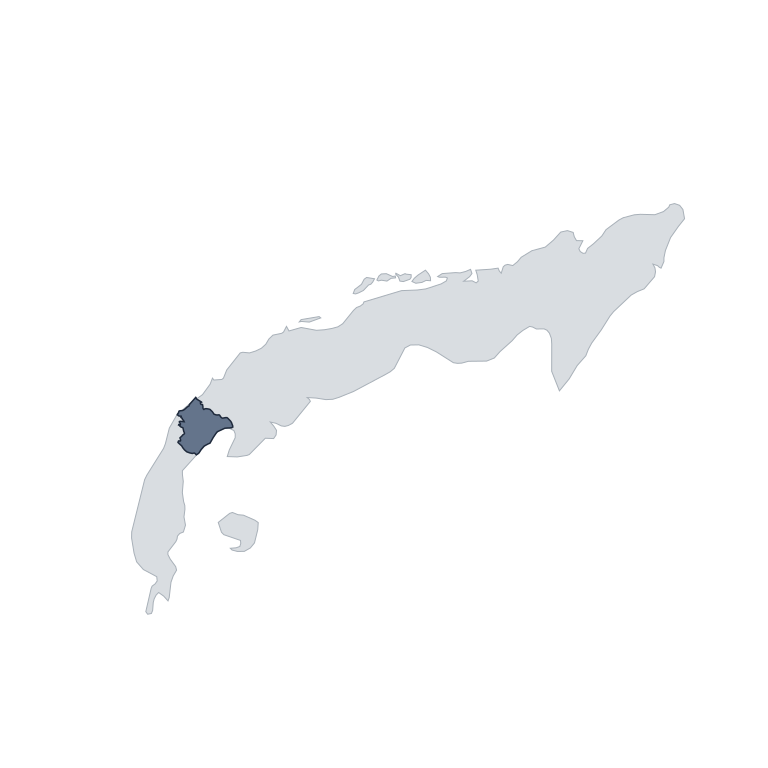 where Mayabeque sits in Cuba, rotated 311°
{"feature_id": "CUB-5489", "entity_name": "Mayabeque", "entity_type": "Province", "adm_level": 1, "iso_a3": "CUB", "parent_name": "Cuba", "parent_adm1": "", "projection": "equal_earth", "projection_center": [-81.981, 22.888], "detail": "fine", "context": "in_parent", "style": "filled", "palette": "slate", "viewbox_px": 768, "rotation_deg": 311, "n_neighbors": 0, "source": "natural_earth", "source_scale": "10m", "svg_char_len": 5667}
<svg xmlns="http://www.w3.org/2000/svg" viewBox="0 0 768 768"><g transform="rotate(311 384 384)"><path d="M241.0,250.2L256.9,254.0L269.8,252.9L275.9,250.7L275.4,253.0L281.0,258.6L283.1,259.0L291.4,256.1L313.1,255.1L315.3,256.6L319.2,262.1L324.7,265.5L330.5,268.0L336.5,268.7L342.4,267.6L348.0,268.1L355.1,273.5L357.3,274.1L363.5,272.6L361.7,277.5L372.3,284.4L380.2,297.8L385.8,303.4L391.8,308.3L396.9,311.7L402.5,313.3L419.6,312.7L423.7,313.1L427.3,315.0L430.8,315.7L432.8,315.0L466.0,336.0L476.6,347.3L483.1,353.1L497.1,361.5L502.7,363.4L505.6,362.3L505.0,360.4L500.9,355.7L500.3,354.0L505.5,355.5L515.1,365.0L517.7,368.5L522.5,371.8L527.3,374.1L525.1,377.9L521.2,378.2L513.8,376.7L519.7,382.8L520.8,387.2L523.5,387.6L527.6,382.7L530.1,378.6L540.6,389.2L546.3,394.1L544.9,396.9L544.5,399.8L550.7,397.1L553.1,397.4L555.4,398.9L557.9,403.5L563.8,404.5L569.7,404.4L581.7,408.2L593.1,415.9L603.8,417.5L614.6,417.7L620.1,421.8L622.5,427.3L619.9,431.1L618.5,435.2L622.6,440.1L613.9,442.3L612.7,445.2L613.2,448.5L615.0,450.2L619.9,448.7L627.2,450.1L638.6,451.3L646.2,450.3L661.8,453.7L666.5,455.5L675.9,461.9L680.2,466.1L689.5,477.4L697.5,481.8L704.3,482.9L706.7,482.1L710.8,484.9L712.8,489.9L711.8,495.1L705.9,502.4L696.1,502.8L682.5,504.2L669.4,508.8L663.0,512.4L660.1,514.9L653.2,517.1L652.7,515.2L652.8,512.8L650.9,508.3L649.4,512.3L646.8,515.3L642.5,517.8L626.5,517.9L620.0,514.6L613.3,512.2L589.2,509.8L583.4,510.0L567.3,512.5L551.2,513.9L544.4,515.4L537.7,517.8L524.7,517.7L509.3,520.4L493.9,520.9L503.6,502.2L524.3,484.3L528.2,480.4L530.9,475.5L531.5,471.7L530.6,468.6L525.5,462.9L524.5,458.8L523.0,456.1L515.7,453.7L508.4,452.3L500.7,452.3L484.6,450.3L476.0,450.2L468.6,446.4L456.5,432.8L450.8,429.0L447.8,425.9L445.6,422.4L442.6,402.5L440.1,392.9L436.4,384.6L430.7,378.3L424.9,376.1L402.6,381.5L397.4,380.7L392.3,378.9L358.6,366.0L344.6,358.9L338.9,355.4L334.1,350.4L329.0,342.2L323.4,334.9L323.4,337.9L322.6,339.8L294.4,340.7L289.9,339.0L287.0,337.0L285.0,334.0L283.4,328.1L280.7,323.1L279.9,328.4L278.5,333.3L274.7,336.0L270.4,336.5L265.2,330.0L242.4,328.6L240.3,327.5L232.8,321.2L226.4,313.3L232.8,310.5L245.9,306.9L248.8,304.4L250.4,301.3L249.2,296.7L246.6,293.3L243.9,291.4L241.0,290.1L237.0,289.6L186.3,288.7L183.4,291.3L178.8,296.4L169.8,303.0L163.8,309.9L161.6,313.4L158.8,316.0L152.5,320.2L147.2,326.8L140.7,329.7L137.2,327.9L133.7,327.9L131.2,329.5L128.5,330.3L115.5,331.1L113.5,332.8L111.6,337.5L109.5,346.6L107.4,349.6L100.9,350.8L94.6,353.3L81.9,362.0L78.6,363.3L79.4,356.9L78.8,350.7L75.2,350.5L71.1,351.5L67.7,353.2L61.4,357.9L58.2,359.0L55.2,356.7L55.9,353.6L76.9,342.4L79.3,341.6L83.0,342.4L86.6,342.0L89.5,338.9L86.1,324.1L87.5,314.0L92.4,306.3L102.2,294.5L106.9,290.6L154.8,266.1L159.7,264.8L190.8,259.9L195.5,258.2L209.9,250.9L225.0,247.9L241.0,250.2ZM196.9,380.0L191.2,384.3L179.1,390.5L172.6,390.7L166.1,388.4L161.5,383.3L159.0,378.2L159.2,375.8L163.3,379.8L166.8,381.8L169.7,380.5L171.8,378.3L165.2,362.0L165.5,358.6L170.8,349.7L185.1,352.4L187.6,353.9L189.6,359.6L192.8,364.0L196.5,375.9L196.9,380.0ZM436.1,299.9L444.4,301.6L450.1,300.3L453.0,301.0L457.2,307.8L453.6,308.6L450.7,308.6L448.6,307.4L441.1,307.1L436.2,305.1L433.4,303.5L432.1,301.4L436.1,299.9ZM495.0,348.9L492.5,351.4L489.8,347.8L485.6,346.0L480.9,341.9L479.7,337.8L483.6,337.5L488.5,338.2L497.1,340.6L496.4,345.3L495.0,348.9ZM472.9,321.7L471.7,323.1L468.4,320.0L463.6,318.7L460.7,314.0L458.1,312.1L457.8,310.4L462.2,309.3L465.3,309.8L468.8,313.4L470.8,320.0L472.9,321.7ZM482.1,334.6L480.0,334.8L474.0,331.4L472.1,328.5L474.2,324.7L474.6,320.6L475.4,320.3L476.5,325.3L481.1,327.5L481.4,328.6L484.3,332.8L482.1,334.6ZM392.3,290.8L392.4,292.9L381.7,287.0L377.1,280.7L375.3,279.3L378.2,279.2L392.3,290.8Z" fill="#d9dde1" stroke="#a8b0b8" stroke-width="1"/><path d="M225.1,248.2L225.8,247.9L227.2,247.8L227.8,247.6L228.5,247.3L229.2,247.1L229.8,247.5L232.0,249.5L233.8,250.1L237.7,250.6L239.5,251.2L240.9,250.6L250.4,250.7L250.3,251.3L249.7,252.3L250.4,256.6L250.6,257.6L250.6,258.2L250.3,258.1L249.7,257.7L249.4,257.7L249.1,258.0L248.7,258.7L248.6,259.1L248.6,259.4L249.1,259.9L249.4,260.4L249.4,260.6L249.2,260.8L249.0,261.0L248.4,261.9L247.2,263.0L246.9,263.4L246.8,263.6L246.7,263.9L246.5,264.5L246.6,264.8L246.8,264.9L247.5,265.0L248.0,265.2L248.4,265.7L248.9,266.2L249.9,267.8L250.6,269.1L250.6,269.3L250.7,269.9L250.6,270.2L250.5,272.6L249.7,275.6L250.7,277.8L251.6,278.9L252.4,279.6L252.6,280.0L252.6,280.5L252.0,282.6L252.0,283.8L252.3,284.6L254.6,286.4L255.6,287.5L255.7,288.7L255.3,292.8L255.1,293.4L254.9,294.0L254.6,294.7L254.1,295.5L253.3,297.1L253.1,297.3L252.8,297.6L252.6,297.7L252.5,297.9L252.4,298.1L252.0,297.9L251.1,297.8L249.4,296.1L248.3,294.9L246.2,292.9L244.0,291.9L238.6,289.5L236.5,289.6L231.6,290.2L225.2,291.5L223.2,290.5L219.1,289.0L214.5,289.0L211.9,289.4L210.6,289.6L209.3,289.4L207.4,288.8L207.6,287.1L207.4,286.1L206.6,285.4L205.8,284.9L204.6,282.7L203.4,279.6L203.4,276.6L203.9,273.9L204.6,271.9L204.6,269.7L204.7,266.9L205.7,266.4L206.2,266.3L206.6,266.6L207.2,267.6L207.6,267.7L208.0,267.5L208.8,266.6L209.0,266.0L209.6,265.3L212.0,265.6L213.5,265.5L214.2,265.8L214.8,265.9L215.5,265.9L216.0,265.7L216.4,265.0L216.8,264.0L218.9,261.2L219.0,260.9L218.9,260.5L218.4,259.2L218.3,258.4L218.3,257.9L218.4,257.2L218.5,256.8L218.5,256.4L218.4,256.1L218.3,255.9L218.8,255.7L219.1,256.2L219.5,257.0L220.1,256.7L220.5,256.3L220.8,255.2L220.9,254.8L221.0,254.5L221.2,254.3L221.4,254.2L222.0,254.5L222.3,254.8L224.4,257.9L225.0,256.6L225.1,255.2L225.2,254.9L225.3,254.6L225.7,254.3L225.7,253.9L225.5,253.2L225.5,252.7L226.2,252.4L226.6,252.1L225.5,250.5L225.2,249.8L225.3,249.0L225.1,248.2Z" fill="#64748b" stroke="#1e293b" stroke-width="1.5"/></g></svg>